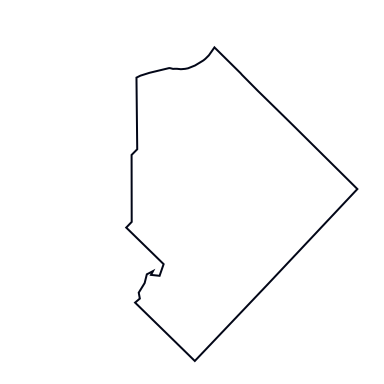 St. Clair, Illinois, United States of America (Albers equal-area conic projection), rotated 44°
{"feature_id": "52423323B37622799423649", "entity_name": "St. Clair", "entity_type": "district", "adm_level": 2, "iso_a3": "USA", "parent_name": "United States of America", "parent_adm1": "Illinois", "projection": "albers", "projection_center": [-90.081, 38.44], "detail": "fine", "context": "isolated", "style": "outline", "palette": "ink", "viewbox_px": 384, "rotation_deg": 44, "n_neighbors": 0, "source": "geoboundaries", "source_scale": "gbopen_adm2", "svg_char_len": 646}
<svg xmlns="http://www.w3.org/2000/svg" viewBox="0 0 384 384"><g transform="rotate(44 192 192)"><path d="M227.9,311.1L311.4,311.6L310.6,204.9L308.9,75.0L215.0,73.8L168.9,73.5L146.6,73.0L144.5,72.8L107.7,72.4L107.8,72.9L107.8,73.0L109.2,82.0L109.1,86.9L108.8,89.4L106.3,98.9L105.4,100.9L103.2,105.8L101.5,108.2L98.7,111.4L97.4,112.4L95.5,113.9L92.7,116.7L90.4,118.0L89.5,118.7L79.0,135.2L78.4,136.2L75.2,142.1L74.1,144.1L72.6,148.3L122.9,199.3L122.8,207.3L169.4,255.4L169.4,263.3L221.7,263.6L226.9,274.8L220.1,280.1L218.9,276.0L216.7,282.6L221.2,290.4L223.6,301.4L228.5,304.9L227.9,311.1Z" fill="none" stroke="#020617" stroke-width="2"/></g></svg>